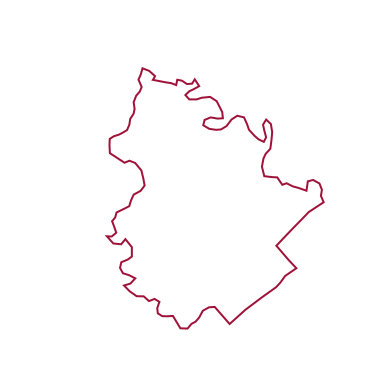 outline of Pinhalzinho, Santa Catarina, Brazil, rotated 325°
{"feature_id": "56859067B38022079908277", "entity_name": "Pinhalzinho", "entity_type": "district", "adm_level": 2, "iso_a3": "BRA", "parent_name": "Brazil", "parent_adm1": "Santa Catarina", "projection": "equal_earth", "projection_center": [-52.972, -26.82], "detail": "fine", "context": "isolated", "style": "outline", "palette": "rose", "viewbox_px": 384, "rotation_deg": 325, "n_neighbors": 0, "source": "geoboundaries", "source_scale": "gbopen_adm2", "svg_char_len": 1919}
<svg xmlns="http://www.w3.org/2000/svg" viewBox="0 0 384 384"><g transform="rotate(325 192 192)"><path d="M274.5,239.1L270.1,237.9L270.2,228.9L266.3,225.9L260.3,220.5L263.8,211.4L269.7,205.6L274.2,203.0L281.0,201.5L287.1,194.8L292.0,189.0L295.6,181.6L294.3,175.2L288.8,177.6L286.6,182.8L284.1,189.7L279.6,192.1L276.7,187.0L275.4,181.6L274.4,173.7L276.0,168.0L277.4,160.7L272.8,155.5L265.9,155.3L258.2,157.8L251.7,157.4L247.4,154.9L242.4,150.2L239.5,143.8L243.6,140.2L250.1,141.6L255.1,146.6L259.6,149.3L262.6,143.9L263.4,138.4L264.3,131.8L261.4,124.5L254.1,120.4L248.9,118.8L242.9,114.6L242.2,108.8L247.6,107.9L252.5,108.8L258.6,109.4L258.9,101.3L254.2,103.3L249.8,100.7L247.6,95.0L244.3,91.6L240.4,95.3L237.2,90.7L233.6,87.3L228.9,82.5L224.3,77.7L228.2,75.9L226.4,68.2L222.4,62.3L217.5,66.3L212.6,69.3L211.0,77.1L206.8,79.8L201.5,81.1L195.7,85.0L192.6,91.1L189.0,94.4L183.3,96.7L179.2,101.0L174.3,104.0L169.5,103.7L165.0,103.1L159.9,101.5L155.1,101.3L151.2,106.4L147.0,113.1L153.5,129.3L158.7,130.5L162.1,135.6L162.9,145.3L159.8,153.2L156.9,159.5L150.6,161.6L142.7,160.7L137.1,164.0L132.5,167.6L128.0,167.0L122.9,166.2L118.4,165.5L114.5,168.8L109.8,170.1L108.4,175.7L106.6,181.9L100.7,182.4L96.9,179.5L98.0,189.0L104.0,194.2L110.4,192.4L111.1,202.7L105.7,210.4L100.7,210.5L93.8,209.0L89.5,212.9L88.8,218.9L92.8,224.1L96.0,230.2L89.0,231.7L82.7,229.6L84.0,237.6L86.9,245.6L92.6,249.8L94.2,256.7L100.0,258.1L102.3,263.3L96.9,267.2L94.4,271.8L96.4,276.6L100.3,279.5L105.3,282.6L104.8,289.5L104.3,297.0L110.0,301.3L116.1,299.7L120.4,300.3L126.0,298.9L132.7,295.5L139.8,296.2L144.7,299.2L147.1,321.7L168.2,319.1L188.9,318.4L206.3,318.2L212.4,316.9L220.1,314.2L233.8,314.3L232.2,303.7L230.3,284.4L245.0,281.4L257.8,278.9L265.9,277.4L276.1,275.4L294.0,275.9L295.4,269.1L299.7,264.7L301.3,258.1L298.1,251.6L293.0,249.7L286.5,256.6L281.3,249.4L277.8,245.2L274.5,239.1Z" fill="none" stroke="#9f1239" stroke-width="2"/></g></svg>